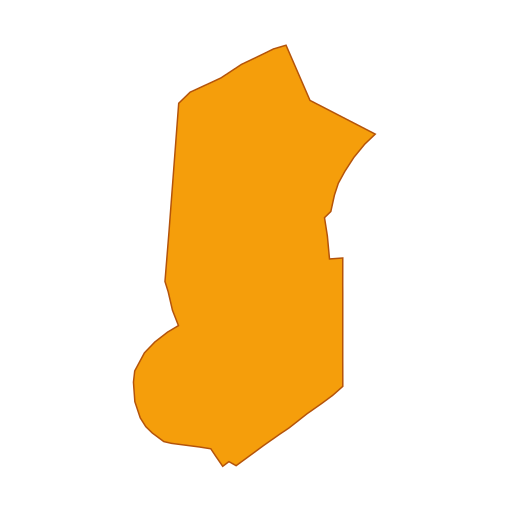 the district of Tuol Kouk, Phnom Penh, Cambodia, rotated 8°
{"feature_id": "14789045B87565610199894", "entity_name": "Tuol Kouk", "entity_type": "district", "adm_level": 2, "iso_a3": "KHM", "parent_name": "Cambodia", "parent_adm1": "Phnom Penh", "projection": "mercator", "projection_center": [104.898, 11.57], "detail": "fine", "context": "isolated", "style": "filled", "palette": "amber", "viewbox_px": 512, "rotation_deg": 8, "n_neighbors": 0, "source": "geoboundaries", "source_scale": "gbopen_adm2", "svg_char_len": 811}
<svg xmlns="http://www.w3.org/2000/svg" viewBox="0 0 512 512"><g transform="rotate(8 256 256)"><path d="M360.1,373.0L356.1,345.1L349.9,300.8L347.1,280.8L345.9,272.6L342.2,245.9L329.2,248.7L323.9,226.3L318.5,208.5L323.9,201.5L325.2,184.7L327.4,172.5L332.2,159.8L339.2,144.7L348.1,130.1L357.1,118.7L287.8,94.4L256.4,43.1L244.5,48.5L232.4,56.7L214.9,68.3L196.4,84.6L168.0,102.9L158.2,115.5L166.5,244.6L169.4,293.9L174.0,303.6L180.8,321.3L188.9,335.7L179.1,343.6L167.8,355.2L159.0,367.4L151.9,386.7L152.2,398.0L156.3,417.1L163.9,432.4L170.6,440.3L177.9,445.7L190.5,452.6L198.4,453.3L226.7,453.0L238.1,453.2L243.5,459.3L252.3,468.9L257.8,463.4L265.5,466.4L276.4,455.8L289.9,442.6L304.0,429.4L312.6,421.7L328.6,405.0L342.3,392.2L351.6,383.0L360.1,373.0Z" fill="#f59e0b" stroke="#b45309" stroke-width="1.5"/></g></svg>